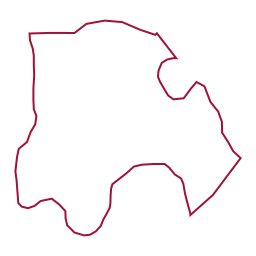 Shusha District, Şuşa, Azerbaijan
{"feature_id": "54616110B49912296290484", "entity_name": "Shusha District", "entity_type": "district", "adm_level": 2, "iso_a3": "AZE", "parent_name": "Azerbaijan", "parent_adm1": "Şuşa", "projection": "albers", "projection_center": [46.676, 39.693], "detail": "fine", "context": "isolated", "style": "outline", "palette": "rose", "viewbox_px": 256, "rotation_deg": 0, "n_neighbors": 0, "source": "geoboundaries", "source_scale": "gbopen_adm2", "svg_char_len": 1070}
<svg xmlns="http://www.w3.org/2000/svg" viewBox="0 0 256 256"><path d="M176.2,58.2L156.9,33.3L155.3,34.9L139.7,29.6L122.2,22.1L104.7,20.6L86.3,23.9L74.5,33.0L49.9,32.9L29.5,33.5L30.0,40.3L32.8,48.8L33.8,55.7L33.8,64.7L34.2,75.1L33.4,88.4L33.4,99.5L33.8,109.1L36.4,116.0L35.2,124.3L30.6,132.1L27.0,142.0L18.7,148.9L17.0,157.2L15.4,171.4L16.6,180.6L18.3,203.1L21.7,206.6L28.0,208.2L34.5,205.9L40.7,201.0L51.8,198.7L59.1,204.4L65.4,211.1L65.6,218.4L67.2,225.3L74.4,232.5L84.1,235.4L89.8,234.8L95.9,231.3L100.7,226.0L103.4,219.4L105.8,215.2L109.7,207.9L110.4,203.3L110.6,195.5L111.1,188.8L112.4,184.2L121.2,177.3L126.3,173.4L134.0,166.5L142.0,164.7L153.6,164.0L164.6,164.0L169.3,167.7L174.8,174.4L181.1,178.5L183.3,183.6L185.0,193.5L187.0,201.5L190.3,213.4L190.4,215.0L213.0,194.9L240.6,158.1L233.3,151.3L228.2,142.2L222.1,132.6L221.9,121.8L218.2,111.6L210.5,102.0L204.4,86.3L196.5,82.0L190.9,88.6L183.7,98.3L173.4,99.3L168.2,95.5L164.1,88.8L160.0,81.7L158.0,76.8L158.5,70.7L161.8,62.8L167.2,59.5L173.6,58.1L176.2,58.2Z" fill="none" stroke="#9f1239" stroke-width="2"/></svg>